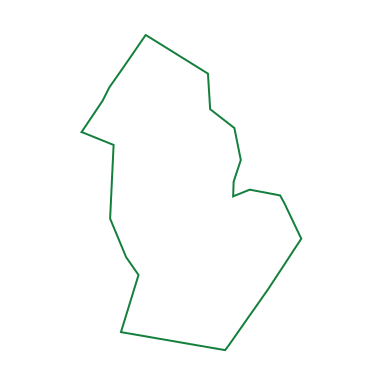 an SVG outline of Galguduud, rotated 175°
{"feature_id": "SOM-2408", "entity_name": "Galguduud", "entity_type": "Region", "adm_level": 1, "iso_a3": "SOM", "parent_name": "Somalia", "parent_adm1": "", "projection": "natural_earth1", "projection_center": [46.568, 5.004], "detail": "fine", "context": "isolated", "style": "outline", "palette": "green", "viewbox_px": 384, "rotation_deg": 175, "n_neighbors": 0, "source": "natural_earth", "source_scale": "10m", "svg_char_len": 618}
<svg xmlns="http://www.w3.org/2000/svg" viewBox="0 0 384 384"><g transform="rotate(175 192 192)"><path d="M87.2,135.9L95.9,125.0L105.5,112.7L115.2,100.5L124.9,88.2L130.4,81.7L135.9,75.1L141.4,68.6L146.9,62.1L152.4,55.5L157.9,49.0L163.4,42.4L168.9,35.9L172.8,31.6L206.9,40.6L240.9,49.6L275.0,58.6L252.5,114.0L263.3,132.8L275.9,172.6L266.0,245.7L296.3,261.1L296.8,261.3L273.1,290.7L265.1,303.6L251.2,320.1L239.6,334.1L224.5,352.4L224.1,352.2L165.8,308.5L166.7,272.9L144.2,252.0L140.6,219.6L149.6,198.7L151.4,184.1L134.3,189.3L104.5,180.9L100.9,172.6L87.2,135.9Z" fill="none" stroke="#15803d" stroke-width="2"/></g></svg>